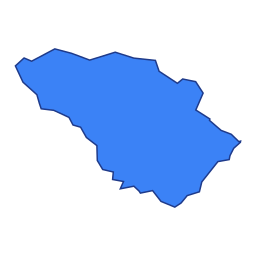 Howard, Maryland, United States of America
{"feature_id": "52423323B13837989487105", "entity_name": "Howard", "entity_type": "district", "adm_level": 2, "iso_a3": "USA", "parent_name": "United States of America", "parent_adm1": "Maryland", "projection": "orthographic", "projection_center": [-76.918, 39.236], "detail": "fine", "context": "isolated", "style": "filled", "palette": "blue", "viewbox_px": 256, "rotation_deg": 0, "n_neighbors": 0, "source": "geoboundaries", "source_scale": "gbopen_adm2", "svg_char_len": 756}
<svg xmlns="http://www.w3.org/2000/svg" viewBox="0 0 256 256"><path d="M155.4,60.4L133.8,58.1L115.2,52.2L89.7,60.1L71.5,53.3L54.8,48.9L31.6,61.2L24.1,58.0L23.8,58.2L15.4,65.9L23.0,82.2L36.9,94.7L39.5,103.8L41.2,108.8L53.7,110.3L69.0,117.4L73.0,125.0L80.6,127.2L86.4,137.5L96.9,145.6L97.3,160.5L102.7,169.5L113.3,172.0L112.6,179.5L123.5,181.5L120.3,188.8L133.9,186.2L139.1,191.1L140.4,193.1L152.6,190.6L161.0,201.4L174.8,207.1L181.1,203.0L187.2,195.6L199.4,191.8L201.8,181.9L217.9,161.6L229.2,159.6L230.0,155.6L233.7,148.3L240.4,142.3L240.6,141.1L238.8,141.6L231.3,134.3L228.8,133.3L221.1,130.4L209.5,120.4L209.9,119.0L195.8,110.0L203.1,93.1L195.7,81.7L182.7,79.0L177.4,83.3L159.1,71.3L155.4,60.4Z" fill="#3b82f6" stroke="#1e3a8a" stroke-width="1.5"/></svg>